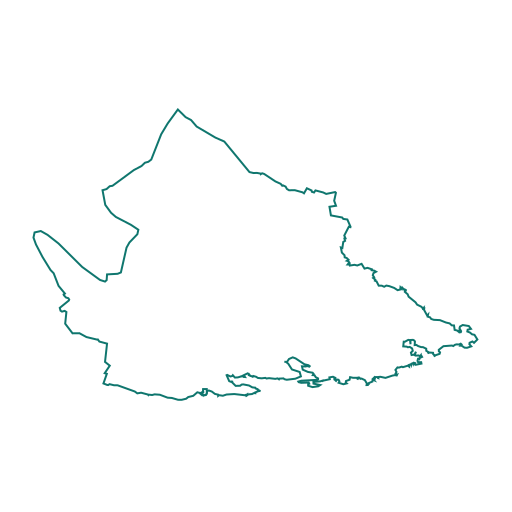 Rygge nor, Østfold, Norway, rotated 271°
{"feature_id": "86288312B33808129410619", "entity_name": "Rygge nor", "entity_type": "district", "adm_level": 2, "iso_a3": "NOR", "parent_name": "Norway", "parent_adm1": "Østfold", "projection": "mercator", "projection_center": [10.691, 59.372], "detail": "fine", "context": "isolated", "style": "outline", "palette": "teal", "viewbox_px": 512, "rotation_deg": 271, "n_neighbors": 0, "source": "geoboundaries", "source_scale": "gbopen_adm2", "svg_char_len": 6113}
<svg xmlns="http://www.w3.org/2000/svg" viewBox="0 0 512 512"><g transform="rotate(271 256 256)"><path d="M319.1,101.4L304.5,104.4L296.7,110.3L292.6,115.2L285.0,130.4L280.2,137.9L275.7,137.0L267.3,129.2L262.1,126.4L237.2,121.2L235.8,118.0L235.0,107.4L229.3,107.1L227.8,105.5L229.3,100.5L242.0,82.4L265.1,58.3L273.5,47.2L277.2,40.4L275.7,34.2L270.5,33.2L263.7,35.8L251.4,42.5L238.4,50.8L235.2,54.0L222.7,59.1L215.1,65.6L214.2,64.3L213.4,64.6L211.2,66.7L210.5,69.1L209.2,70.0L208.2,69.6L200.7,60.7L197.9,61.5L197.0,63.0L197.8,65.6L196.7,67.4L185.0,66.4L175.5,73.9L175.7,80.8L172.0,87.9L169.6,98.7L169.8,99.3L167.7,100.9L165.8,108.6L147.5,106.9L143.8,111.7L136.2,106.8L135.6,108.9L125.9,105.7L124.5,109.4L124.4,110.5L125.3,111.8L124.3,116.2L124.3,119.9L118.4,137.2L116.6,139.7L117.3,143.5L115.6,150.4L115.1,150.8L115.5,151.1L115.2,154.6L115.9,157.0L115.6,162.3L112.8,170.1L112.6,174.3L110.9,180.5L110.9,184.1L112.1,188.7L113.8,190.7L115.1,195.7L118.7,199.7L118.0,202.7L118.2,203.6L117.0,204.7L118.7,204.4L118.6,206.5L119.0,205.4L122.0,205.4L122.1,209.1L117.9,209.2L116.4,208.3L116.0,206.8L116.3,204.0L115.8,204.6L115.6,206.1L116.2,208.5L117.5,209.3L120.0,209.4L120.7,211.2L119.7,214.2L117.4,217.3L116.7,220.5L115.5,220.6L116.2,221.4L115.7,225.3L117.0,229.0L117.6,236.7L116.6,247.1L117.1,248.6L116.5,248.7L117.3,249.6L116.6,249.6L117.5,250.8L117.9,254.4L118.9,256.3L118.8,257.7L119.6,257.6L121.1,261.3L121.0,262.8L122.7,259.3L122.7,260.6L123.5,258.0L124.3,257.6L124.6,254.6L126.4,251.3L127.4,245.5L127.2,243.9L126.0,242.4L125.8,237.9L129.4,234.2L130.9,234.6L129.5,233.9L130.4,231.4L136.3,228.7L136.6,229.3L135.1,232.5L135.6,234.4L136.4,234.9L134.1,237.0L134.3,239.9L135.2,242.9L134.2,243.1L135.3,242.9L136.0,245.0L134.9,245.5L134.8,247.1L136.6,245.8L138.5,249.7L137.4,251.2L135.8,250.7L137.4,251.3L136.0,252.4L135.6,254.6L134.5,254.4L136.0,255.4L135.2,258.3L134.1,260.0L133.8,263.8L134.3,267.5L133.7,268.6L134.1,271.2L133.5,277.5L134.0,279.6L133.1,281.1L133.8,281.4L134.1,285.6L133.3,286.6L132.8,288.9L134.0,297.5L136.4,303.0L140.8,301.7L143.2,293.9L148.9,290.1L150.6,287.9L150.8,286.2L150.6,288.8L153.6,290.8L155.3,294.5L154.3,297.4L148.6,306.3L147.7,310.4L146.8,311.6L146.3,311.2L146.9,309.0L146.4,307.7L146.5,303.9L143.2,304.7L141.0,309.9L140.3,314.6L139.2,315.6L137.9,314.9L137.8,316.6L135.9,317.8L134.7,320.2L133.8,320.2L133.2,318.7L132.1,303.6L131.2,300.5L130.6,300.9L130.0,303.4L130.4,310.9L129.2,311.5L128.6,310.4L127.2,310.4L125.9,314.8L126.8,320.5L128.1,322.4L129.4,315.7L131.1,315.6L131.8,322.5L132.5,324.5L131.6,324.3L132.5,325.1L134.1,331.9L135.9,331.5L136.6,335.1L135.5,337.5L134.4,337.3L134.4,336.5L133.9,335.8L134.0,336.6L132.5,338.2L133.9,339.2L133.7,340.7L132.2,341.6L130.7,340.8L129.3,345.6L130.2,348.9L131.1,347.9L132.6,348.2L133.9,351.7L136.5,352.2L135.9,355.2L136.0,359.3L135.1,359.5L134.5,360.7L135.5,359.7L136.3,360.4L136.2,361.5L135.0,362.5L135.3,363.7L133.8,367.0L130.4,369.1L128.9,368.8L129.0,370.9L129.3,369.4L130.3,369.3L130.2,371.0L130.9,371.0L132.5,374.6L134.4,374.7L133.8,376.3L135.3,375.1L136.6,376.4L134.5,377.0L137.0,377.0L137.1,379.7L136.2,380.0L136.1,380.3L137.1,380.0L137.4,382.4L136.4,387.6L138.8,394.5L139.3,397.0L139.0,398.8L139.7,399.1L139.2,398.0L139.5,397.4L140.6,397.7L140.1,398.8L140.9,397.6L142.5,398.5L144.5,397.4L147.1,399.4L146.9,400.8L147.9,403.7L147.4,404.8L149.0,409.8L148.2,410.9L149.7,410.7L150.4,412.6L149.6,413.0L151.0,413.3L151.7,414.9L150.8,415.2L152.0,415.7L151.7,416.9L150.5,416.4L150.0,417.4L151.3,423.3L152.7,423.0L152.7,419.9L154.0,419.3L156.2,419.8L156.4,420.7L155.9,421.2L157.0,421.6L158.0,423.8L158.8,423.3L158.3,422.6L159.6,422.5L158.5,421.7L159.4,420.4L159.2,417.3L159.6,416.4L163.1,417.6L160.3,416.2L159.7,413.3L162.1,412.6L163.9,414.4L166.3,413.7L167.8,411.3L167.4,409.4L168.0,408.3L168.2,404.8L172.9,405.2L172.9,406.4L174.8,409.7L174.6,411.5L170.5,412.0L174.7,411.9L174.9,414.4L174.4,415.5L173.4,416.4L169.7,416.2L169.9,417.9L168.8,419.6L167.8,422.7L167.8,424.5L166.3,427.8L164.2,427.9L162.8,430.3L161.8,429.3L162.5,431.4L162.3,434.7L160.9,434.9L159.8,436.5L158.6,435.7L159.9,437.2L161.4,441.3L162.9,441.7L163.9,440.5L165.4,440.4L169.1,445.0L169.9,453.5L169.4,454.8L170.6,456.3L171.1,457.8L171.1,460.6L171.9,462.2L171.1,463.1L169.9,462.1L169.9,463.2L168.0,466.1L167.9,468.6L169.4,472.8L171.5,470.9L173.0,471.1L174.3,473.9L173.0,475.5L176.4,478.8L181.0,475.8L181.5,473.3L183.2,471.3L184.2,468.6L186.0,468.9L186.9,472.2L189.7,470.0L190.6,463.9L189.0,461.2L187.3,460.7L184.4,462.4L183.4,462.1L183.2,460.9L185.0,460.4L183.9,459.8L185.0,458.4L185.6,455.9L190.0,455.2L190.1,452.9L192.0,450.8L192.8,447.1L195.1,441.0L195.3,434.9L196.1,432.3L197.7,431.1L198.4,428.7L200.3,429.0L199.4,428.2L205.0,425.0L206.5,425.1L206.2,424.2L207.1,424.4L206.5,423.7L208.1,422.3L210.2,417.9L212.5,416.3L218.0,409.3L220.4,408.3L222.8,405.4L224.1,405.9L224.2,407.2L224.9,405.4L225.9,405.7L224.7,404.9L226.9,402.8L225.6,402.4L227.2,401.0L225.0,400.8L224.3,398.2L226.5,394.7L228.2,389.8L228.7,386.8L227.5,384.7L228.5,382.3L228.5,379.2L232.7,377.0L233.4,375.3L234.4,375.7L236.1,373.5L236.8,374.5L238.8,373.1L241.0,373.8L242.4,376.3L243.4,374.5L243.8,371.9L244.7,372.1L246.1,367.7L245.3,364.7L250.0,361.7L248.3,357.4L248.9,354.6L248.1,350.0L249.1,349.8L249.1,347.8L249.6,348.2L249.5,349.2L250.3,348.7L250.8,349.6L252.4,348.5L252.8,347.0L253.9,348.5L255.6,346.7L256.2,344.7L258.3,344.5L260.9,341.8L266.0,340.7L265.5,342.2L271.6,343.0L272.7,344.8L275.0,344.1L275.2,345.2L278.0,343.9L286.9,348.3L286.5,349.9L286.9,350.0L294.1,346.7L294.6,342.6L296.0,341.5L297.9,330.2L306.5,328.6L307.6,335.1L312.6,333.2L320.6,334.8L321.3,334.0L319.3,325.1L320.7,322.1L322.6,314.3L320.5,312.9L321.2,310.7L322.5,310.4L324.6,305.7L319.5,302.9L320.5,301.4L322.5,293.6L322.3,287.9L323.6,285.7L325.9,284.4L327.1,281.7L326.7,281.0L328.6,279.4L330.9,274.1L338.2,262.7L338.8,260.7L337.9,259.3L338.5,259.1L339.1,255.4L338.9,252.1L339.8,248.0L369.9,222.3L373.7,213.3L384.4,194.4L390.8,188.7L393.6,183.2L401.1,175.3L387.0,165.4L376.1,159.1L350.6,149.6L348.3,146.7L347.3,143.3L344.0,140.0L339.8,132.4L323.7,111.3L323.2,108.5L320.3,105.4L319.1,101.4Z" fill="none" stroke="#0f766e" stroke-width="2"/></g></svg>